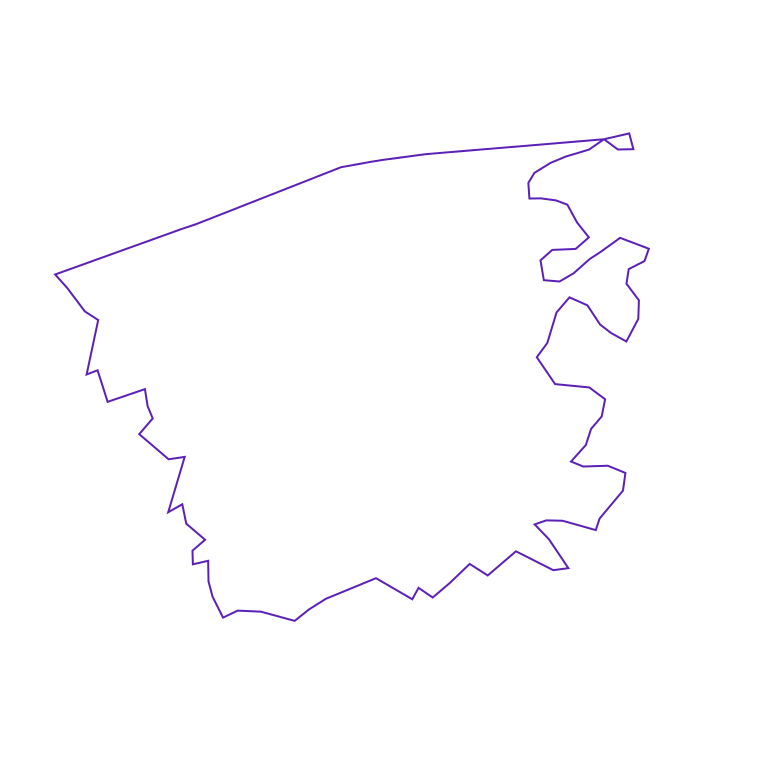 Santa Lúcia, Paraná, Brazil (Mercator projection), rotated 347°
{"feature_id": "56859067B61888752211446", "entity_name": "Santa Lúcia", "entity_type": "district", "adm_level": 2, "iso_a3": "BRA", "parent_name": "Brazil", "parent_adm1": "Paraná", "projection": "mercator", "projection_center": [-53.534, -25.393], "detail": "fine", "context": "isolated", "style": "outline", "palette": "violet", "viewbox_px": 768, "rotation_deg": 347, "n_neighbors": 0, "source": "geoboundaries", "source_scale": "gbopen_adm2", "svg_char_len": 1388}
<svg xmlns="http://www.w3.org/2000/svg" viewBox="0 0 768 768"><g transform="rotate(347 384 384)"><path d="M653.4,195.0L476.9,169.5L432.6,165.3L420.2,164.5L390.9,163.1L237.4,185.9L221.1,187.5L88.2,203.3L96.9,219.1L108.8,245.9L119.9,257.4L96.4,307.8L108.0,306.2L110.7,339.2L149.9,335.2L148.7,352.3L150.9,365.5L134.2,377.8L157.2,408.9L173.4,410.2L144.9,460.4L160.4,455.8L159.9,475.6L174.6,495.5L159.9,503.3L157.2,516.7L172.9,516.7L168.6,536.8L169.1,552.6L174.6,575.4L190.4,571.9L212.7,578.1L243.7,594.7L259.9,586.9L279.0,580.2L332.5,571.4L363.1,600.1L371.8,590.4L383.4,603.0L403.5,592.6L427.0,578.6L442.0,593.9L474.9,576.7L507.1,603.5L522.2,604.9L509.8,572.4L499.2,554.7L511.5,553.4L527.2,557.4L557.5,574.0L563.8,563.6L592.9,541.6L599.2,525.0L583.7,514.0L559.5,509.2L548.8,501.6L567.0,488.8L575.7,474.3L588.8,464.6L596.0,448.6L583.2,433.5L550.7,422.6L538.9,392.3L552.4,380.7L568.2,353.1L584.2,341.3L599.9,353.1L607.9,374.6L616.6,385.3L629.7,397.1L646.4,377.8L651.2,359.8L642.8,340.8L648.3,327.1L665.5,322.8L672.5,311.8L646.9,294.7L624.1,304.3L612.7,308.4L593.6,318.8L578.1,323.6L563.1,318.8L564.3,298.7L578.1,291.2L601.1,295.5L616.6,287.2L608.4,270.0L603.0,250.5L592.9,243.8L578.6,238.4L567.4,236.0L569.9,220.5L578.1,212.1L596.0,206.0L612.2,203.3L636.5,201.7L653.4,195.0ZM679.3,195.0L653.4,195.0L664.6,208.1L679.8,211.3L679.3,195.0Z" fill="none" stroke="#5b21b6" stroke-width="2"/></g></svg>